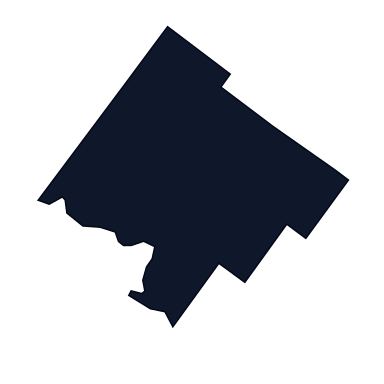 outline of Johnson, Arkansas, United States of America, rotated 35°
{"feature_id": "52423323B48862010704992", "entity_name": "Johnson", "entity_type": "district", "adm_level": 2, "iso_a3": "USA", "parent_name": "United States of America", "parent_adm1": "Arkansas", "projection": "natural_earth1", "projection_center": [-93.456, 35.548], "detail": "fine", "context": "isolated", "style": "filled", "palette": "ink", "viewbox_px": 384, "rotation_deg": 35, "n_neighbors": 0, "source": "geoboundaries", "source_scale": "gbopen_adm2", "svg_char_len": 611}
<svg xmlns="http://www.w3.org/2000/svg" viewBox="0 0 384 384"><g transform="rotate(35 192 192)"><path d="M77.2,70.6L75.7,123.1L75.3,138.9L70.7,287.0L82.0,283.9L88.6,270.4L92.7,271.3L101.6,281.0L122.1,282.4L136.8,273.6L152.1,268.8L160.2,274.7L166.6,275.1L172.9,270.6L180.6,260.1L192.9,258.1L197.7,269.6L197.7,279.4L202.3,292.5L210.2,300.2L209.1,304.0L198.8,307.9L199.5,313.0L224.9,311.5L238.5,305.6L253.6,313.4L254.1,282.9L254.9,235.0L287.1,235.7L287.2,227.7L288.1,164.0L311.8,164.7L313.3,92.5L297.5,91.9L220.2,91.8L155.5,89.5L155.7,73.5L77.2,70.6Z" fill="#0f172a" stroke="#020617" stroke-width="1.5"/></g></svg>